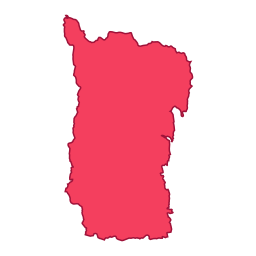 outline of Falam, Chin, Myanmar
{"feature_id": "60261553B58296948192675", "entity_name": "Falam", "entity_type": "district", "adm_level": 2, "iso_a3": "MMR", "parent_name": "Myanmar", "parent_adm1": "Chin", "projection": "albers", "projection_center": [93.718, 23.446], "detail": "fine", "context": "isolated", "style": "filled", "palette": "rose", "viewbox_px": 256, "rotation_deg": 0, "n_neighbors": 0, "source": "geoboundaries", "source_scale": "gbopen_adm2", "svg_char_len": 5740}
<svg xmlns="http://www.w3.org/2000/svg" viewBox="0 0 256 256"><path d="M190.8,61.6L189.3,61.9L187.0,60.7L186.5,59.6L186.5,58.1L186.1,56.7L185.1,55.3L184.8,53.9L183.8,52.9L182.8,52.9L181.5,53.4L180.2,53.0L179.0,52.2L176.8,52.8L175.5,50.6L175.3,48.8L172.8,47.5L171.7,46.4L170.9,46.0L169.2,46.9L168.0,46.7L167.0,45.9L165.8,45.5L165.0,46.3L163.5,46.1L161.9,45.1L159.5,42.7L157.9,41.8L153.2,42.0L152.1,41.6L151.5,42.7L150.2,43.5L148.8,43.5L147.0,45.0L143.0,45.5L140.6,46.2L139.0,46.0L137.9,45.1L137.6,43.5L136.8,42.2L135.1,40.0L133.8,39.2L132.4,36.3L131.3,32.9L130.3,32.7L128.3,33.3L126.0,33.6L124.9,33.6L121.7,32.6L120.0,32.3L118.5,32.4L117.0,32.8L115.3,32.7L112.3,31.9L110.3,31.7L109.4,31.9L108.1,34.1L108.0,35.5L107.7,36.9L107.0,37.8L106.2,38.2L105.4,39.4L104.5,39.9L103.4,39.7L100.5,37.5L99.0,37.4L98.2,38.5L97.6,40.2L97.1,40.4L96.2,40.4L93.9,42.3L91.5,42.5L90.7,41.9L89.3,41.6L88.2,40.8L85.4,38.3L84.4,37.0L84.4,36.3L84.9,35.5L85.0,34.5L83.6,32.7L84.0,31.2L83.6,30.9L81.7,31.1L80.5,30.1L79.1,25.7L78.6,23.1L76.5,20.2L75.1,19.5L73.6,19.4L72.1,18.6L70.3,17.9L68.9,17.6L68.2,17.0L67.5,15.8L66.6,15.4L65.8,15.5L66.3,16.4L67.9,17.8L67.7,18.2L65.3,17.8L64.6,18.3L64.2,18.9L63.9,19.7L64.1,20.6L64.7,21.6L65.1,22.9L64.4,23.8L63.5,24.4L63.5,25.4L64.5,26.4L64.7,27.2L64.4,28.4L64.4,31.9L64.7,33.7L64.6,35.9L64.9,36.6L65.9,37.7L67.4,41.2L67.8,42.7L68.8,43.7L69.5,44.9L71.0,45.1L72.6,45.0L73.5,45.6L73.9,47.0L73.9,48.2L72.9,55.0L73.1,56.1L73.0,59.1L73.7,64.6L74.9,65.6L75.5,66.5L74.4,70.6L74.3,72.5L73.8,74.1L73.7,75.2L75.3,76.7L75.8,77.8L76.3,79.8L76.3,82.9L77.1,84.2L79.1,86.4L80.4,86.9L80.7,87.7L80.5,88.5L78.8,91.1L77.5,94.7L78.8,96.7L78.4,97.3L78.0,99.3L78.4,100.8L79.3,102.6L78.6,104.9L78.5,106.5L77.3,106.7L77.1,107.5L77.1,108.5L76.6,108.8L77.7,112.3L76.0,115.8L74.8,117.1L74.1,118.5L73.9,122.4L74.4,123.5L73.7,125.5L74.0,126.9L73.3,127.6L73.0,128.4L73.3,130.5L73.1,132.5L73.8,135.0L74.9,137.8L74.7,138.5L74.0,139.3L73.1,140.6L73.0,141.3L72.4,142.0L71.0,142.8L69.0,143.2L68.1,144.0L68.1,145.2L68.5,146.3L69.4,147.6L69.9,148.5L69.7,151.0L69.3,153.8L69.6,154.9L69.5,158.5L69.9,159.4L70.0,161.1L70.7,161.4L71.8,164.3L71.8,165.0L73.1,166.7L73.1,167.1L71.8,167.2L71.2,167.8L71.5,170.1L71.0,170.8L71.6,172.1L70.4,174.1L69.8,177.3L69.8,179.3L70.2,179.8L70.7,179.9L71.8,179.3L72.6,179.4L72.4,180.7L71.3,181.7L70.3,182.1L68.5,184.0L67.6,184.1L68.0,185.4L67.6,187.0L66.8,188.1L66.0,188.3L65.2,191.6L66.6,191.8L67.2,192.2L67.9,193.7L68.4,194.0L69.4,195.9L70.2,198.2L70.1,199.7L70.4,201.3L71.1,202.7L72.7,203.7L73.7,204.0L77.0,203.7L78.5,204.0L79.5,205.2L81.2,206.3L82.0,207.0L82.0,207.9L82.5,209.2L82.1,210.3L82.4,211.3L82.0,212.4L82.2,213.9L83.3,216.9L83.5,218.6L83.9,219.4L83.4,220.4L83.2,221.5L82.4,222.3L82.2,223.5L84.6,226.6L85.5,227.7L86.4,227.9L86.5,228.4L86.2,229.2L86.5,230.7L85.6,232.1L85.9,232.9L85.7,233.7L85.3,234.2L85.3,234.7L90.2,236.1L93.3,235.6L93.8,234.0L94.6,233.6L95.7,233.5L96.7,233.8L97.2,234.7L98.0,237.5L98.4,237.6L98.8,238.0L99.8,238.5L100.9,238.6L101.1,238.8L104.4,239.9L105.0,238.6L105.8,237.9L107.6,238.1L108.3,237.8L110.1,236.5L110.5,236.9L111.1,237.2L112.3,237.0L114.0,236.2L115.6,236.3L116.0,236.6L116.5,238.1L117.0,238.7L118.2,239.4L122.0,240.6L123.4,240.3L129.0,238.1L131.2,238.2L133.3,237.7L135.4,238.2L137.1,237.7L138.0,238.2L138.9,238.1L139.8,238.8L141.4,237.9L142.9,238.1L146.1,235.3L147.6,235.1L148.4,235.6L149.2,236.6L149.2,238.6L150.3,239.4L153.5,238.6L155.4,238.5L156.6,238.7L159.0,237.9L160.2,238.2L162.3,238.2L162.4,237.6L162.2,237.0L162.3,236.8L162.7,236.6L165.5,237.6L166.3,237.1L167.7,236.8L166.9,233.0L167.2,232.6L168.8,232.5L170.9,232.1L171.6,229.2L170.9,225.8L170.6,225.1L170.5,223.8L169.4,222.4L170.7,220.3L170.7,219.4L169.3,217.5L168.1,216.9L168.2,216.2L167.7,215.1L167.3,213.2L168.1,212.8L169.3,213.0L170.0,213.5L172.6,212.9L172.9,212.4L171.8,211.5L171.7,210.7L172.1,209.9L171.6,209.4L169.8,209.5L169.1,209.0L167.3,208.8L167.2,208.3L167.7,207.8L169.0,207.1L168.7,204.9L169.2,204.3L168.9,202.8L169.2,202.0L169.2,200.6L169.5,198.3L169.1,195.8L169.4,195.2L169.6,194.3L169.2,192.6L168.8,191.7L168.5,190.4L167.9,189.4L167.3,189.8L166.6,189.8L165.2,188.7L164.7,187.2L164.8,186.1L164.4,183.9L165.2,182.7L165.1,182.1L164.4,181.6L163.8,180.0L162.8,179.0L162.8,178.1L163.6,176.6L163.2,175.6L162.4,175.5L161.5,175.7L161.1,175.4L160.4,173.4L160.8,173.1L162.7,172.8L163.1,172.4L162.9,170.8L162.5,169.9L162.4,168.8L161.9,167.5L161.7,166.5L162.1,165.7L162.7,165.3L164.3,165.4L165.1,164.4L165.7,164.1L167.1,165.3L167.3,165.1L167.2,163.3L167.5,162.3L167.5,161.2L168.1,160.7L168.7,160.7L168.8,158.7L169.3,157.8L169.5,156.7L168.9,155.5L169.0,155.1L170.4,154.5L169.4,150.9L169.3,148.5L169.6,144.4L169.3,140.7L167.2,139.5L165.8,137.9L164.5,137.5L164.1,137.0L161.7,135.7L162.0,135.4L163.5,135.6L165.8,136.8L166.5,136.8L166.9,136.4L167.5,136.3L169.3,136.9L169.4,137.1L170.3,137.6L171.5,139.7L171.9,140.3L171.5,141.4L172.0,141.6L172.6,140.5L172.5,139.7L172.7,139.8L172.7,139.3L173.4,138.4L172.8,137.3L172.8,136.6L173.5,135.3L173.2,133.7L173.6,131.5L174.5,130.4L174.0,125.8L173.4,122.5L174.0,121.9L173.0,114.5L171.2,111.7L170.2,111.3L171.3,110.5L172.8,107.6L174.0,106.7L174.9,106.2L175.7,106.6L176.6,107.7L177.7,108.0L179.5,109.3L180.5,110.6L181.0,112.0L181.2,113.3L181.2,115.1L181.6,116.1L182.7,116.5L183.3,115.9L183.3,115.0L182.5,113.0L182.5,112.1L183.4,111.3L184.5,111.2L184.5,111.4L185.5,111.5L186.1,111.4L186.8,109.4L187.2,109.0L187.4,107.5L187.1,105.8L187.5,103.6L187.4,101.9L187.6,101.1L187.3,99.5L187.8,97.9L188.6,96.3L188.9,93.7L189.3,92.9L188.8,91.8L188.7,90.5L189.3,89.0L192.0,86.1L190.8,85.3L190.1,83.9L190.3,82.9L190.1,81.1L190.6,79.9L192.5,77.9L192.5,76.5L191.9,74.1L190.1,71.9L190.1,70.5L190.4,68.4L190.2,67.2L189.5,65.7L189.5,64.4L190.1,62.8L190.8,61.6Z" fill="#f43f5e" stroke="#9f1239" stroke-width="1.5"/></svg>